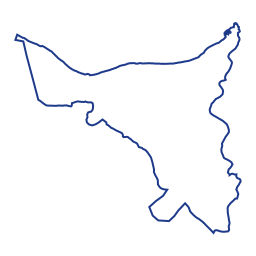 the district of Yousef El sadeq, Al Fayyum, Egypt
{"feature_id": "37247803B96193438521946", "entity_name": "Yousef El sadeq", "entity_type": "district", "adm_level": 2, "iso_a3": "EGY", "parent_name": "Egypt", "parent_adm1": "Al Fayyum", "projection": "orthographic", "projection_center": [30.573, 29.353], "detail": "fine", "context": "isolated", "style": "outline", "palette": "blue", "viewbox_px": 256, "rotation_deg": 0, "n_neighbors": 0, "source": "geoboundaries", "source_scale": "gbopen_adm2", "svg_char_len": 5703}
<svg xmlns="http://www.w3.org/2000/svg" viewBox="0 0 256 256"><path d="M239.0,37.3L238.4,36.5L238.0,35.6L237.9,34.1L238.1,33.2L238.1,32.7L239.1,32.1L239.8,31.5L239.3,29.7L238.7,29.4L238.9,27.1L238.4,27.1L237.6,25.4L237.3,24.4L235.8,24.0L236.1,23.3L235.2,23.1L234.2,23.7L233.8,27.2L232.7,27.2L231.6,27.8L230.8,27.8L230.1,28.6L228.9,29.6L227.4,30.3L226.5,30.8L225.8,31.6L226.5,31.4L227.1,30.9L229.2,30.8L230.4,31.7L230.6,32.6L230.2,32.9L229.4,32.7L228.9,32.9L228.2,34.3L227.9,34.0L228.7,32.7L228.3,32.1L227.5,32.3L226.4,34.2L225.6,33.9L225.9,32.1L225.1,32.2L224.7,33.0L224.7,34.8L225.3,34.9L225.3,36.3L225.7,37.0L223.5,39.4L221.7,40.3L218.9,42.7L216.6,43.4L213.8,44.7L209.7,46.8L207.5,48.2L205.1,50.5L203.8,52.8L200.6,54.9L198.5,57.2L194.3,58.8L190.1,60.4L188.6,60.9L188.0,61.0L186.8,61.2L186.1,61.2L185.2,61.5L184.3,61.5L183.4,61.8L182.3,62.1L181.3,62.1L180.7,62.4L179.7,62.4L178.4,62.7L177.4,62.7L176.8,63.0L175.4,63.2L174.5,63.3L174.0,63.5L172.4,63.6L170.1,63.6L166.7,63.8L165.3,63.8L163.2,63.9L162.4,63.7L160.5,63.8L159.1,63.6L157.7,63.6L156.6,63.7L155.4,63.5L154.7,63.5L153.8,63.5L152.6,63.3L151.3,63.4L150.1,63.2L142.5,63.5L141.4,63.3L140.5,63.1L139.5,63.1L138.6,63.4L137.9,63.6L136.6,63.7L135.9,63.7L135.2,63.3L134.2,63.1L133.3,63.1L131.0,63.2L129.7,63.2L129.0,63.5L128.3,63.5L127.4,63.8L126.5,64.3L125.6,64.5L124.9,64.8L124.4,64.8L123.7,65.1L122.8,65.1L121.7,65.4L121.0,65.6L120.1,65.9L119.4,66.1L118.1,66.9L116.7,67.4L116.0,67.9L115.1,68.1L114.0,68.4L113.1,68.9L111.9,69.1L111.5,69.4L110.4,69.7L109.5,70.2L108.8,70.2L108.3,70.4L107.4,70.7L105.8,71.0L104.4,71.5L103.5,71.7L103.1,71.8L102.4,72.0L101.3,72.3L100.1,72.8L99.2,73.3L96.5,74.1L96.0,74.3L95.4,74.3L94.7,74.6L93.1,74.9L92.4,74.9L91.7,75.1L89.9,75.2L89.4,74.5L88.4,74.1L87.1,73.9L86.6,74.2L85.6,74.4L85.0,74.5L84.6,74.5L84.1,74.3L83.4,73.8L82.5,73.6L82.0,73.7L81.5,73.4L80.8,73.2L79.0,72.4L78.0,72.2L77.1,71.5L76.2,71.1L73.8,70.3L73.1,69.8L72.2,69.4L71.0,68.5L70.1,68.1L69.1,67.2L67.7,66.1L66.3,64.8L64.8,63.5L64.1,62.6L63.2,61.7L62.5,61.3L61.5,60.6L60.6,60.0L59.1,58.9L57.7,57.8L57.0,56.9L55.3,55.3L54.9,54.9L54.1,54.0L53.0,53.1L52.5,52.4L51.3,51.3L50.6,50.9L49.9,50.7L48.5,49.6L47.8,49.2L47.3,48.9L46.6,48.5L45.4,47.6L44.7,47.2L43.5,46.6L42.6,46.1L42.1,45.9L41.4,46.2L40.3,46.2L38.2,45.1L37.2,44.5L37.0,44.3L36.5,44.0L35.0,43.7L28.6,41.1L24.2,38.0L22.5,37.7L17.2,34.7L15.4,39.9L23.3,41.4L26.6,55.7L32.3,77.0L38.3,99.8L40.5,101.1L42.8,103.0L45.7,105.0L46.4,105.4L48.4,105.6L52.8,105.7L54.2,105.8L56.5,105.8L58.3,105.5L60.4,105.6L63.4,105.7L63.8,105.5L66.8,105.4L68.7,106.0L71.0,106.4L71.2,106.2L71.7,105.7L71.9,104.3L72.0,103.1L72.9,102.9L74.3,102.4L77.3,101.4L80.3,101.7L81.6,101.9L82.3,101.9L84.2,102.0L85.5,101.5L85.8,101.7L87.9,102.4L90.9,102.3L92.5,103.1L92.8,104.0L93.0,105.2L93.1,105.6L92.9,108.6L92.5,109.8L92.3,110.2L91.0,111.7L89.8,111.9L88.2,112.4L87.8,113.1L87.2,114.5L87.2,115.0L87.5,117.1L86.9,118.7L86.4,119.6L86.8,122.1L87.5,123.0L88.9,124.4L90.1,124.8L92.2,125.4L95.6,124.3L98.5,122.6L102.5,119.5L106.3,122.4L106.6,124.4L108.3,125.3L110.9,127.5L111.3,127.9L112.5,128.3L116.7,130.7L118.1,131.3L120.5,132.4L122.1,133.3L122.9,134.9L122.9,136.5L123.6,137.1L125.7,137.0L126.8,136.8L127.8,137.0L129.4,138.3L131.0,139.4L133.0,141.4L136.5,143.1L137.2,143.8L138.7,146.7L138.9,147.1L142.0,147.9L143.1,149.1L144.5,149.5L145.7,150.3L147.2,151.9L148.1,153.2L150.3,156.4L151.0,157.5L152.4,162.3L154.0,169.3L153.9,171.9L154.4,173.2L155.1,174.8L156.6,177.5L157.8,180.0L158.0,184.6L160.0,187.5L161.6,188.6L164.2,189.4L167.2,189.7L163.1,195.8L156.0,201.0L149.3,207.0L152.7,215.6L158.2,220.4L169.0,221.1L174.4,216.0L178.3,210.5L185.1,203.3L185.6,203.8L186.6,204.9L188.5,207.1L189.7,210.0L190.0,211.2L191.9,213.4L194.1,215.6L196.0,217.2L197.6,218.3L198.8,218.9L200.5,220.2L203.1,222.2L203.8,223.1L204.3,223.3L205.4,224.6L211.2,230.4L213.5,232.9L214.0,232.1L214.2,231.4L215.3,230.3L216.2,230.2L218.3,230.6L219.7,231.2L221.8,231.6L223.6,231.8L225.0,231.7L226.6,231.5L228.0,231.4L228.4,230.9L228.9,230.5L229.1,229.8L229.0,228.4L228.8,227.7L228.7,226.3L229.1,225.2L229.3,224.5L229.5,223.3L229.5,222.4L229.0,220.4L228.6,217.4L228.3,215.8L227.8,212.8L227.6,208.0L228.0,206.9L228.4,205.9L230.6,203.1L233.3,200.7L235.1,198.8L236.0,198.5L237.1,198.5L237.7,196.4L238.3,193.9L237.1,190.9L236.8,190.3L236.3,189.6L237.2,187.0L238.7,184.9L240.6,181.4L240.3,179.6L239.4,178.9L238.2,178.5L237.1,177.9L236.3,176.5L236.3,175.1L236.4,174.4L234.6,174.5L233.0,173.9L232.1,173.7L231.4,173.9L229.6,175.1L229.6,174.4L228.9,173.8L227.9,172.4L228.1,171.5L228.7,169.4L230.3,167.8L231.6,166.1L232.0,165.0L232.5,164.4L231.4,162.2L228.6,160.3L227.2,159.6L224.9,158.5L224.2,158.1L223.4,156.8L223.2,155.9L222.6,154.5L221.6,152.2L221.3,149.3L221.7,148.1L222.3,145.3L222.0,144.4L222.0,143.5L225.7,136.7L226.8,135.3L228.7,132.5L228.9,132.0L228.9,130.4L228.1,127.2L227.3,125.4L226.8,124.3L225.6,123.2L222.8,120.8L218.3,118.2L216.5,117.1L214.1,115.8L211.8,114.3L210.5,113.1L210.0,111.6L209.8,110.7L209.7,109.5L210.4,107.4L210.8,106.7L211.0,106.1L211.4,104.4L211.8,103.5L212.7,102.8L213.4,102.0L213.8,101.6L214.2,100.9L214.9,100.2L215.7,99.1L217.4,98.2L218.0,98.0L218.3,97.7L220.5,96.5L221.0,95.8L221.8,95.1L222.5,94.4L222.7,93.7L222.9,92.3L223.1,91.4L222.8,89.8L221.8,88.2L219.4,84.9L219.4,83.7L219.6,82.6L219.8,82.3L220.4,81.8L220.9,81.4L222.0,80.9L224.8,80.3L225.7,79.8L225.2,79.1L225.1,77.3L225.3,76.2L225.9,74.8L226.2,74.5L226.4,73.8L228.1,71.9L228.6,71.2L230.3,68.2L230.7,66.8L231.7,64.0L231.9,62.8L231.9,62.2L231.6,61.5L231.2,61.0L230.5,60.1L229.7,59.0L228.8,57.9L228.3,56.5L228.5,55.8L229.3,54.0L229.7,53.3L231.4,51.8L232.0,51.2L233.1,50.4L235.5,48.5L237.9,44.5L238.1,43.1L238.5,42.0L239.4,40.1L239.5,38.7L239.0,37.3Z" fill="none" stroke="#1e3a8a" stroke-width="2"/></svg>